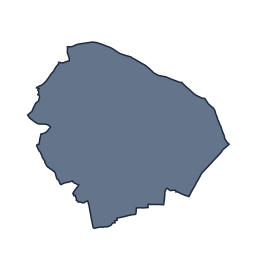 Ibadan South West, Oyo, Nigeria, rotated 258°
{"feature_id": "59680162B83508950999506", "entity_name": "Ibadan South West", "entity_type": "district", "adm_level": 2, "iso_a3": "NGA", "parent_name": "Nigeria", "parent_adm1": "Oyo", "projection": "robinson", "projection_center": [3.862, 7.363], "detail": "fine", "context": "isolated", "style": "filled", "palette": "slate", "viewbox_px": 256, "rotation_deg": 258, "n_neighbors": 0, "source": "geoboundaries", "source_scale": "gbopen_adm2", "svg_char_len": 5527}
<svg xmlns="http://www.w3.org/2000/svg" viewBox="0 0 256 256"><g transform="rotate(258 128 128)"><path d="M140.7,209.4L141.0,209.1L141.8,206.7L143.0,205.1L144.8,202.7L146.1,201.2L147.1,200.2L148.1,199.3L150.3,197.8L153.0,195.9L155.2,194.2L157.8,192.3L160.2,190.7L161.4,190.2L161.8,188.3L167.2,179.9L170.1,175.8L173.2,168.5L176.4,164.8L181.5,161.3L183.2,160.0L184.4,159.0L185.2,158.4L187.1,156.4L188.8,154.4L191.2,151.8L192.9,149.9L193.9,148.9L195.4,146.8L196.1,146.2L196.8,145.8L197.9,143.8L199.3,141.0L202.7,135.3L204.7,133.4L209.3,128.8L210.6,127.1L211.8,125.2L213.3,122.9L214.7,120.8L215.3,119.8L216.1,118.4L217.4,116.3L218.3,114.6L219.1,112.2L219.6,110.3L219.7,108.2L219.8,105.4L220.1,101.7L220.4,96.3L220.1,94.1L219.3,90.8L219.4,88.5L220.1,85.6L217.7,85.2L215.7,84.6L214.1,84.3L211.8,84.7L209.1,84.9L207.7,85.0L205.8,84.4L205.8,84.0L205.9,83.3L205.9,82.5L205.8,82.3L205.8,81.9L205.8,81.5L205.7,81.0L205.7,80.7L205.6,80.2L205.4,79.5L205.3,79.0L205.3,78.2L205.3,77.8L205.3,77.6L205.4,77.3L205.5,77.1L205.5,76.6L205.6,76.1L205.9,75.5L206.3,75.0L206.7,74.4L206.8,74.2L206.6,74.1L206.4,74.0L206.2,73.8L206.0,73.6L205.1,73.2L203.7,71.6L202.5,70.1L201.2,68.8L199.5,67.5L198.7,66.7L198.5,66.3L198.2,65.8L197.6,65.1L197.2,64.5L197.0,64.2L196.4,63.5L195.6,62.7L194.7,61.8L194.1,61.2L193.5,60.7L193.1,60.3L192.7,59.5L192.0,58.9L190.7,57.4L189.2,55.1L187.9,52.5L187.6,51.3L187.6,50.4L187.0,48.7L186.6,47.9L186.8,47.2L186.2,46.9L185.9,47.6L185.3,48.6L185.2,48.8L185.0,49.1L183.7,47.6L183.3,47.9L183.0,48.1L182.5,48.2L181.7,48.2L180.9,48.1L180.5,47.8L180.0,47.3L179.6,46.8L179.3,46.7L179.0,47.1L178.8,47.4L178.6,47.8L178.4,48.0L178.0,48.0L176.9,47.9L176.5,47.8L175.9,47.7L175.5,47.5L174.8,46.9L174.5,46.8L174.0,46.5L173.5,46.3L173.1,46.2L172.5,44.9L172.0,43.6L171.3,42.7L169.8,41.5L167.9,40.1L166.8,39.2L165.0,38.0L164.3,37.4L163.7,36.5L162.8,34.7L161.8,32.9L161.4,32.5L157.9,34.1L154.2,37.3L151.6,39.8L150.8,41.0L150.2,42.6L149.6,45.1L148.9,48.1L148.0,49.9L146.2,51.7L145.0,52.4L143.3,50.3L141.9,48.6L141.1,47.3L140.5,45.7L140.3,44.4L140.2,43.5L140.2,42.2L140.2,41.5L137.7,40.5L136.4,39.9L136.2,39.7L133.7,38.7L131.8,38.0L130.6,37.6L130.6,37.3L130.7,36.8L130.7,35.9L130.3,35.1L129.6,35.0L126.6,35.6L124.4,36.2L123.0,37.0L121.4,37.5L118.1,38.0L116.7,38.2L115.4,38.8L113.9,39.2L113.1,39.7L111.5,39.6L110.9,39.7L109.6,40.2L107.9,40.6L106.6,41.3L105.9,42.1L104.7,43.0L103.7,44.0L102.6,45.1L101.5,46.0L100.1,47.1L98.8,47.5L96.7,47.6L94.5,47.7L94.0,47.9L92.5,48.1L92.0,48.7L91.5,49.1L90.8,49.4L89.8,49.6L88.8,49.6L88.0,49.8L87.0,50.2L86.7,50.5L86.5,50.9L86.8,51.8L87.0,52.5L87.3,53.5L87.4,54.5L87.5,55.6L87.4,56.4L87.4,57.4L87.4,58.4L87.5,60.8L87.8,62.5L87.6,62.8L87.3,62.8L87.0,62.7L86.8,62.9L86.4,63.2L86.1,63.4L85.8,63.6L85.5,63.9L85.2,64.3L84.8,64.9L84.2,65.7L83.3,66.8L83.2,67.0L82.9,67.2L82.6,67.7L82.5,67.9L81.2,66.7L80.0,65.3L79.1,64.1L78.3,63.2L77.4,62.2L76.3,61.2L75.3,60.4L75.1,60.7L74.8,60.9L74.5,61.0L74.3,60.9L73.9,60.8L73.6,60.8L73.2,60.9L73.0,61.0L73.2,61.3L73.3,61.6L73.3,61.8L73.3,62.0L73.2,62.2L72.9,62.4L72.4,62.5L71.9,62.5L71.5,62.4L71.1,62.5L70.8,62.5L70.4,62.6L69.9,62.7L69.5,62.7L69.2,62.7L68.9,62.7L68.6,62.5L68.4,62.4L68.1,62.3L67.8,62.5L67.7,62.6L67.5,62.8L67.4,62.9L67.1,63.3L66.8,63.6L66.2,63.8L65.8,64.0L65.7,64.5L65.7,64.9L65.6,65.5L65.5,66.1L64.6,67.4L64.3,67.9L64.1,68.6L64.0,69.2L64.0,69.6L64.3,70.3L64.6,70.9L65.0,72.1L65.1,73.1L64.7,73.4L63.8,73.5L63.1,73.7L62.3,73.6L62.1,73.6L60.5,73.8L59.3,73.7L58.1,73.6L55.8,73.6L51.5,73.5L47.4,73.3L42.8,73.3L42.0,73.2L41.0,73.2L40.5,73.3L40.2,73.3L39.7,73.3L38.9,73.2L38.4,73.2L37.4,73.4L37.1,74.0L36.9,75.1L37.0,75.8L36.9,76.7L36.9,77.8L36.9,79.7L36.8,81.1L36.3,82.1L36.1,83.9L36.2,84.9L36.1,85.4L35.8,86.1L35.6,86.8L35.9,87.3L35.7,88.0L35.9,89.3L36.5,91.3L37.8,92.6L38.2,93.2L38.2,93.6L38.1,95.0L38.0,95.7L38.4,95.7L39.2,95.7L40.0,95.8L40.1,96.2L40.0,97.0L40.0,98.2L40.6,98.3L41.5,98.4L42.0,98.4L42.2,98.6L42.1,100.3L42.1,101.6L42.1,103.1L42.1,104.9L42.1,107.0L42.2,108.4L42.3,110.2L42.3,111.7L42.3,112.8L42.3,113.6L42.3,114.4L42.1,115.5L42.0,116.3L42.0,116.9L42.1,117.4L42.2,117.7L44.6,118.6L46.6,119.1L48.0,119.5L47.7,121.8L47.5,123.2L46.7,126.1L46.0,131.1L46.9,131.3L48.2,131.6L48.9,131.6L49.1,132.1L49.0,132.8L48.6,134.1L48.3,134.6L48.2,135.2L48.1,136.4L47.8,137.6L47.4,139.1L47.1,140.9L46.6,142.9L46.1,145.0L45.8,145.8L45.7,146.2L45.5,146.8L45.9,147.1L46.3,147.2L48.0,147.8L49.6,148.4L51.6,149.1L54.0,149.8L57.5,150.7L58.7,151.4L60.2,152.5L60.5,152.9L60.9,153.5L60.9,153.9L60.5,154.2L58.9,155.4L58.1,156.1L57.9,156.6L57.9,157.5L57.6,159.4L57.2,161.6L56.8,161.6L55.5,161.6L55.4,162.5L55.2,163.0L54.6,164.0L54.1,164.5L53.2,165.6L52.7,166.3L52.3,166.8L51.7,167.9L50.8,169.0L49.9,170.5L49.3,171.4L49.0,172.2L48.2,173.3L49.7,174.6L51.9,176.3L53.5,177.7L56.3,180.2L58.7,182.3L60.8,184.0L61.4,184.6L62.6,185.7L64.1,187.0L66.6,189.1L68.1,190.4L68.8,191.1L69.3,191.9L72.2,196.1L74.2,199.1L76.1,201.7L77.8,204.1L79.7,206.7L81.3,209.1L83.2,211.8L84.5,213.7L84.9,214.1L85.5,214.8L86.9,216.0L87.2,216.5L87.9,217.8L89.3,220.5L91.0,223.5L91.4,223.5L91.7,223.2L92.4,222.6L93.1,222.2L93.9,221.9L95.0,221.3L96.3,220.8L97.1,220.5L98.4,220.4L101.0,220.4L102.4,220.2L105.2,219.6L107.6,219.4L109.5,219.2L110.5,219.1L112.1,218.6L113.5,218.3L115.0,218.2L115.7,218.0L117.4,217.5L117.9,217.5L120.5,217.3L121.0,217.3L121.7,217.1L122.8,216.9L123.7,216.7L125.1,216.7L126.3,216.6L127.2,216.5L128.0,216.3L128.8,216.0L130.0,215.5L130.5,215.0L130.8,214.7L134.7,211.8L135.1,211.5L136.0,211.2L137.9,210.5L139.0,210.0L140.7,209.4Z" fill="#64748b" stroke="#1e293b" stroke-width="1.5"/></g></svg>